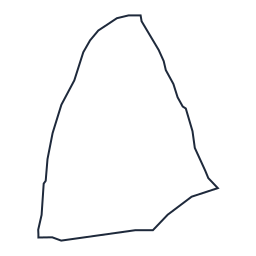 the district of San José Chacayá, Sololá, Guatemala
{"feature_id": "79465075B53734633338650", "entity_name": "San José Chacayá", "entity_type": "district", "adm_level": 2, "iso_a3": "GTM", "parent_name": "Guatemala", "parent_adm1": "Sololá", "projection": "albers", "projection_center": [-91.228, 14.774], "detail": "fine", "context": "isolated", "style": "outline", "palette": "slate", "viewbox_px": 256, "rotation_deg": 0, "n_neighbors": 0, "source": "geoboundaries", "source_scale": "gbopen_adm2", "svg_char_len": 529}
<svg xmlns="http://www.w3.org/2000/svg" viewBox="0 0 256 256"><path d="M98.3,30.5L90.1,40.3L83.3,52.2L74.3,80.4L61.4,104.7L52.6,133.1L47.5,159.1L45.7,180.8L43.7,183.6L41.6,214.9L38.2,229.8L38.4,234.2L38.4,237.5L52.2,237.3L61.2,240.6L135.3,230.2L152.9,230.2L167.7,214.7L191.6,196.7L217.8,188.1L208.3,178.1L205.2,170.6L194.8,147.9L192.5,131.2L185.8,108.5L182.7,106.5L177.6,97.3L173.4,84.0L165.8,70.1L163.7,61.1L158.7,50.0L141.6,21.3L140.6,15.4L128.6,15.4L116.9,18.2L98.3,30.5Z" fill="none" stroke="#1e293b" stroke-width="2"/></svg>